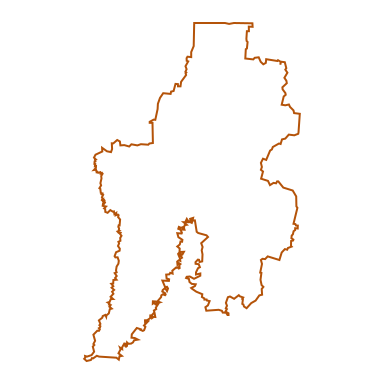 outline of Kota Bekasi, Jawa Barat, Indonesia
{"feature_id": "22746128B54763839112631", "entity_name": "Kota Bekasi", "entity_type": "district", "adm_level": 2, "iso_a3": "IDN", "parent_name": "Indonesia", "parent_adm1": "Jawa Barat", "projection": "orthographic", "projection_center": [106.96, -6.285], "detail": "fine", "context": "isolated", "style": "outline", "palette": "amber", "viewbox_px": 384, "rotation_deg": 0, "n_neighbors": 0, "source": "geoboundaries", "source_scale": "gbopen_adm2", "svg_char_len": 6023}
<svg xmlns="http://www.w3.org/2000/svg" viewBox="0 0 384 384"><path d="M194.2,23.0L193.7,46.1L191.2,52.1L191.2,57.1L187.5,56.7L186.6,58.2L186.7,60.8L188.2,61.4L185.5,66.2L186.6,69.2L185.4,71.8L186.3,72.5L185.6,73.4L186.1,75.0L181.1,81.8L180.5,86.3L178.0,86.3L177.9,84.1L175.5,83.9L173.6,91.0L171.1,91.6L170.6,93.9L163.2,93.2L160.0,97.9L157.9,103.8L157.6,109.1L155.3,119.8L153.7,119.6L149.7,121.8L149.7,122.8L152.5,122.9L152.9,143.0L149.4,143.5L148.3,144.7L140.9,144.2L137.4,145.4L131.4,144.3L129.2,146.5L124.3,145.1L120.4,145.4L119.9,141.5L117.2,140.0L113.3,143.4L111.8,143.3L112.1,149.0L111.0,152.1L107.0,151.3L102.1,147.8L102.3,151.5L95.5,154.7L94.0,157.6L95.8,159.4L95.0,159.6L95.4,161.3L94.6,161.5L94.4,163.9L95.2,164.0L94.9,166.2L96.0,166.0L95.9,167.8L93.9,170.0L96.0,169.7L96.6,172.2L97.4,171.8L98.1,172.8L100.2,172.2L100.5,173.6L101.9,172.8L102.6,173.7L101.2,176.0L101.5,178.4L100.4,183.2L101.1,185.4L99.4,188.2L100.3,188.8L100.8,192.9L102.4,193.4L101.7,194.3L103.1,194.9L101.9,197.3L102.6,198.6L101.5,200.8L103.3,199.3L103.3,200.7L105.1,199.8L103.1,201.6L103.9,202.9L104.4,201.6L105.0,202.4L104.1,203.8L103.0,203.8L102.7,205.8L106.0,206.5L104.1,208.4L105.2,209.1L105.3,211.9L107.6,212.8L110.3,210.1L112.9,211.7L113.9,211.4L114.4,214.1L116.1,213.0L115.7,215.3L117.8,214.5L118.6,215.2L118.1,217.1L120.1,219.5L119.6,225.4L118.7,225.3L118.3,226.9L119.1,228.3L118.8,230.1L119.6,230.7L117.5,231.5L118.7,232.9L120.5,233.0L120.0,233.9L121.5,235.8L120.2,237.9L120.4,240.8L118.4,241.8L119.1,243.4L118.0,246.0L119.8,248.7L119.6,250.7L116.1,252.2L114.6,256.2L115.4,257.4L117.6,257.3L118.8,260.8L118.4,263.7L116.6,266.6L116.0,270.5L116.6,272.3L114.7,273.1L116.7,276.0L115.1,278.0L116.5,279.7L113.4,280.0L113.2,283.5L111.3,283.8L113.3,286.2L111.6,287.7L114.1,289.9L112.1,291.7L113.4,293.8L110.6,296.8L113.1,299.0L110.8,299.1L109.6,301.9L107.8,302.5L109.4,303.5L109.0,304.6L110.6,305.1L109.4,306.7L111.7,308.6L109.8,309.2L108.8,313.4L106.4,315.4L106.2,316.8L105.3,314.9L102.7,316.1L102.3,317.7L98.9,320.4L100.4,323.9L99.4,325.2L100.4,326.2L99.9,327.6L98.9,328.2L99.8,329.3L99.0,330.8L97.3,330.7L93.4,334.7L95.1,340.8L93.4,344.0L94.3,345.0L92.8,346.6L94.1,351.7L91.6,355.1L87.0,356.6L85.1,356.0L85.3,357.5L84.2,358.8L86.6,361.0L90.9,360.0L92.0,358.1L93.1,358.4L96.8,355.8L99.1,356.6L116.4,357.7L118.8,359.6L119.5,356.3L121.8,355.9L118.5,353.3L120.6,349.3L120.0,347.6L122.2,349.1L122.1,347.4L124.3,343.5L125.4,343.7L125.3,346.2L126.0,346.7L127.0,345.9L127.1,342.5L128.5,343.8L131.1,343.6L133.0,342.4L134.1,340.3L137.9,339.6L134.7,338.0L131.5,337.7L131.8,334.3L136.8,328.0L140.8,329.3L140.5,329.9L142.8,330.9L144.1,330.2L145.4,326.8L144.0,325.5L148.0,321.4L146.4,321.3L145.1,322.6L145.0,320.3L147.2,320.2L150.2,318.1L150.3,315.4L152.2,315.3L152.2,318.0L153.7,316.9L155.3,317.0L154.7,313.7L153.0,313.9L154.4,312.3L153.9,310.5L156.2,309.1L155.8,307.7L157.8,304.6L156.1,304.7L154.2,302.8L152.8,303.7L152.9,301.3L157.6,301.6L156.4,303.4L160.0,302.3L158.4,301.7L158.1,300.6L161.1,297.1L161.3,295.4L162.8,294.3L165.1,295.2L165.6,294.6L165.1,293.2L162.3,291.5L162.7,290.1L165.1,288.0L167.0,291.1L168.0,288.5L167.0,286.8L165.2,287.3L162.4,280.6L168.9,280.9L169.1,279.3L166.6,278.5L166.2,274.6L169.4,274.3L170.2,272.8L172.6,273.6L172.3,270.7L176.1,267.5L177.0,267.9L178.6,267.1L179.0,268.4L179.6,268.1L179.3,265.1L180.4,264.1L178.9,263.1L177.5,264.7L177.2,261.6L178.7,260.3L180.3,260.9L180.0,258.8L182.0,257.7L180.4,254.9L179.3,256.9L178.1,253.9L178.8,253.1L182.4,254.5L183.9,251.8L179.5,252.0L179.7,248.5L177.3,246.5L179.8,244.5L180.5,241.5L182.1,241.7L182.4,239.8L178.4,237.2L177.3,233.2L181.6,233.5L181.9,232.8L180.5,229.7L178.3,228.8L178.9,226.9L181.0,227.8L182.9,227.1L182.5,229.6L184.5,229.7L183.9,227.8L184.7,225.1L186.7,224.8L183.6,222.2L187.3,222.2L185.9,220.8L186.8,218.9L188.3,221.2L191.8,222.9L192.3,221.5L190.4,220.3L191.1,218.9L189.3,219.1L193.1,217.9L192.5,220.5L194.9,220.4L196.7,231.8L198.2,233.0L206.5,235.3L208.0,237.0L201.2,243.2L202.6,247.0L201.7,250.3L202.5,254.3L202.2,261.4L199.6,262.0L199.0,259.8L197.9,259.6L195.5,262.2L195.6,263.8L198.7,264.2L199.9,267.2L198.0,268.2L196.0,272.3L196.0,274.5L200.3,273.5L200.3,275.7L194.0,278.8L189.8,276.5L186.7,276.8L186.1,278.0L188.9,278.9L189.5,282.0L191.8,283.9L195.7,284.3L194.9,286.1L191.2,288.0L191.8,288.6L196.3,291.7L202.3,294.2L201.9,297.0L204.3,298.4L204.4,299.6L206.6,299.5L206.9,300.5L209.6,301.1L207.9,305.4L205.4,307.2L206.3,310.7L218.7,309.8L221.9,310.8L222.7,312.6L226.1,312.7L227.5,315.0L228.5,315.0L228.5,313.3L225.5,311.5L226.9,309.1L225.8,308.3L227.0,305.8L225.9,302.9L227.9,297.2L230.0,296.5L234.1,298.8L238.8,295.2L239.8,296.3L243.2,297.5L242.2,298.9L242.9,299.3L242.3,303.9L243.4,304.5L244.0,306.5L246.6,308.2L251.2,303.1L255.6,300.6L259.3,295.4L262.1,294.7L261.7,289.0L263.4,286.9L261.6,285.1L260.5,279.8L261.4,272.9L260.2,272.6L262.0,263.9L260.9,260.0L262.5,258.8L265.1,259.1L267.7,256.4L279.4,260.0L281.7,252.5L284.9,249.1L287.2,249.7L287.9,248.0L291.6,246.6L291.0,246.0L291.1,241.0L293.1,240.5L293.4,239.6L291.4,238.2L291.7,235.6L292.9,234.3L293.6,231.2L295.1,230.1L295.2,228.2L297.7,228.5L297.8,225.6L296.0,225.5L295.4,224.1L293.5,223.8L297.4,207.8L296.4,206.4L296.2,196.4L292.7,190.5L283.3,187.6L278.3,181.4L277.1,181.4L276.1,183.3L273.5,182.9L270.0,185.1L268.0,180.9L261.1,178.7L263.0,171.5L260.9,169.8L261.9,167.0L260.9,162.9L263.0,158.7L266.2,159.9L270.1,150.6L271.9,149.4L272.8,147.0L279.0,143.5L280.6,144.0L282.0,139.4L285.3,138.6L288.8,134.6L294.3,135.3L298.2,133.8L298.5,132.5L299.8,113.8L294.1,113.1L293.5,110.4L290.0,106.9L288.9,104.5L285.3,105.3L281.7,104.7L283.7,96.5L285.7,94.8L285.4,93.1L282.6,89.3L282.4,87.3L286.8,83.2L286.4,80.8L284.4,77.8L287.4,72.7L285.3,69.6L286.3,68.2L284.8,62.2L281.0,61.7L280.3,64.7L280.7,61.8L278.0,60.2L277.4,61.0L266.2,59.2L265.8,62.9L263.3,64.3L260.7,61.8L258.7,57.3L254.7,57.8L253.3,59.4L245.3,58.5L245.8,49.2L246.9,48.5L247.6,42.0L246.6,40.9L246.4,38.7L246.9,31.2L248.9,31.2L248.8,26.6L252.6,26.8L252.4,23.3L233.9,23.0L229.1,23.9L225.0,23.0L194.2,23.0Z" fill="none" stroke="#b45309" stroke-width="2"/></svg>